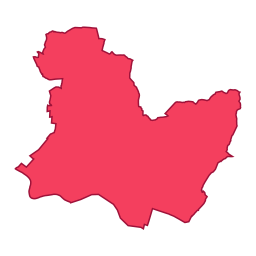 Harau, Hunedoara, Romania
{"feature_id": "2599482B17329602962763", "entity_name": "Harau", "entity_type": "district", "adm_level": 2, "iso_a3": "ROU", "parent_name": "Romania", "parent_adm1": "Hunedoara", "projection": "mercator", "projection_center": [22.984, 45.914], "detail": "fine", "context": "isolated", "style": "filled", "palette": "rose", "viewbox_px": 256, "rotation_deg": 0, "n_neighbors": 0, "source": "geoboundaries", "source_scale": "gbopen_adm2", "svg_char_len": 5539}
<svg xmlns="http://www.w3.org/2000/svg" viewBox="0 0 256 256"><path d="M53.5,31.4L52.9,31.0L52.4,31.0L51.5,31.6L51.0,31.9L50.2,32.1L49.8,32.2L49.1,32.7L48.6,33.3L48.4,33.6L48.0,33.8L47.4,33.8L46.8,34.0L46.3,34.2L46.0,34.5L45.9,34.7L46.3,35.5L46.3,36.0L46.6,37.2L46.6,39.0L46.4,39.8L46.3,40.2L45.9,41.1L45.3,42.2L45.3,42.7L45.0,43.6L44.5,44.8L45.4,47.3L44.0,49.0L43.0,51.4L42.6,52.7L43.1,53.9L42.4,53.7L41.0,52.8L39.8,52.2L38.2,51.6L37.4,52.0L38.8,53.7L38.3,57.3L37.1,57.5L35.2,56.8L33.9,56.8L33.4,56.9L33.8,58.3L34.6,60.1L36.7,64.5L37.2,66.3L38.7,67.0L40.0,70.4L40.4,71.7L41.1,72.8L41.9,74.3L42.5,74.1L43.0,76.5L44.0,76.8L45.8,78.1L47.6,78.7L48.1,79.3L49.7,79.8L51.5,79.7L55.5,79.1L62.6,78.7L62.2,80.7L62.0,82.9L61.7,83.5L61.5,85.2L61.0,85.9L61.2,88.3L58.5,87.1L55.9,87.0L54.2,87.9L49.4,91.1L50.8,95.7L50.0,100.1L49.4,102.2L49.7,102.8L49.6,103.8L51.0,104.6L51.4,105.5L50.8,105.6L48.1,105.6L47.7,105.3L47.3,107.2L47.2,111.5L50.0,110.9L49.7,117.1L50.7,117.0L52.0,116.7L51.5,123.0L55.9,123.7L55.3,129.2L54.9,130.2L54.7,130.8L54.3,132.1L54.3,132.5L53.8,132.8L53.2,132.9L52.6,133.2L51.6,133.7L50.6,134.0L50.1,134.5L46.9,138.3L47.7,138.8L38.6,149.8L30.5,155.4L29.9,155.8L32.4,158.1L33.7,159.0L26.4,167.1L21.4,163.4L18.4,166.8L16.3,167.8L15.4,168.8L16.2,169.4L17.9,170.3L19.5,171.2L22.3,172.6L23.9,173.8L25.7,175.0L27.0,176.0L27.8,176.7L28.4,177.4L29.1,178.1L29.7,179.0L30.4,180.2L30.7,181.3L30.8,182.6L30.7,183.9L30.5,185.1L30.0,186.5L29.8,187.8L29.4,189.2L29.0,191.1L29.1,192.7L29.3,193.9L29.5,195.0L29.7,195.7L30.0,196.6L30.5,197.2L31.4,198.0L32.5,198.4L34.0,198.7L35.4,198.6L37.0,198.2L38.5,197.7L40.3,196.9L41.8,196.5L43.3,196.0L45.2,195.6L47.1,195.4L51.7,194.7L53.6,194.3L55.3,194.3L57.1,194.5L58.4,195.0L59.9,195.6L60.9,196.4L62.0,197.5L62.9,198.3L64.5,199.7L66.8,200.8L68.5,201.5L70.2,202.1L70.6,202.8L80.7,199.5L91.7,194.6L98.5,194.4L113.5,204.3L117.4,210.0L120.4,218.1L128.1,225.6L140.9,227.3L143.4,228.8L144.4,224.4L147.4,225.4L148.7,221.5L152.5,208.6L167.5,213.6L168.4,213.8L169.8,214.5L173.9,216.2L175.5,217.1L178.9,219.0L184.9,222.5L188.8,221.7L190.0,219.3L191.0,217.2L191.6,216.2L191.8,216.4L192.0,216.2L193.6,214.5L194.1,214.1L194.8,213.1L195.8,212.1L197.2,210.5L197.7,210.2L198.4,210.3L198.5,209.4L202.6,205.0L203.9,203.5L205.4,200.7L205.4,199.6L206.0,198.3L206.7,197.4L207.1,196.6L206.9,196.4L206.3,195.9L205.2,194.9L205.0,193.8L204.7,192.5L204.3,192.1L203.5,191.4L203.5,191.5L202.9,191.5L202.6,191.8L202.6,192.2L202.3,192.2L202.1,192.1L201.9,191.0L201.5,190.6L201.5,190.1L201.9,188.2L202.1,187.6L202.8,186.7L202.9,185.7L204.6,182.6L206.6,179.3L209.1,175.3L211.3,172.8L213.3,171.8L215.4,169.3L217.2,164.8L217.9,162.9L220.7,161.1L221.0,161.4L221.7,160.7L222.6,159.9L224.1,158.9L225.2,158.6L227.3,156.7L227.7,156.5L231.9,156.6L232.5,156.5L229.1,154.3L228.2,153.4L227.9,153.0L226.2,151.6L227.2,149.7L227.1,148.0L227.7,145.5L229.1,144.5L229.8,142.8L230.1,141.7L230.8,140.8L230.7,139.6L232.0,135.5L232.8,134.9L233.8,132.8L234.7,130.9L237.0,126.0L237.0,125.7L236.9,125.2L236.7,124.3L236.7,123.9L236.7,123.2L236.7,122.7L236.6,121.0L236.7,119.8L236.7,118.2L236.6,117.9L236.3,117.2L236.3,116.6L236.0,115.6L236.0,114.0L236.1,113.6L236.4,113.1L236.4,112.5L236.3,112.0L236.7,111.0L237.2,110.1L237.9,109.6L240.2,108.6L240.6,107.6L240.4,106.6L240.5,105.6L240.5,104.9L240.3,103.3L238.9,101.2L240.0,99.4L240.0,97.9L239.8,96.9L238.9,93.9L239.9,92.2L239.3,92.1L238.9,91.9L237.0,90.5L235.1,89.8L233.3,90.0L230.2,89.6L228.6,90.5L227.4,92.9L226.0,93.5L224.7,92.8L223.6,92.4L222.3,91.3L221.5,91.1L220.0,91.6L218.1,91.9L215.9,92.3L215.0,94.1L214.1,94.4L213.1,95.0L212.5,95.8L211.8,96.1L210.8,97.2L210.4,97.7L209.4,99.4L209.0,99.8L208.8,99.8L207.0,100.6L206.4,100.4L204.2,99.9L202.8,99.7L201.6,99.6L199.1,100.1L198.5,100.5L197.2,102.7L196.5,103.3L195.8,104.1L194.4,103.2L193.0,102.0L192.9,101.8L190.6,101.5L188.1,101.3L187.2,101.6L186.2,101.6L185.4,101.8L184.4,102.5L183.7,102.3L182.2,102.5L179.8,102.0L178.9,102.1L178.0,102.0L177.3,101.9L176.5,102.0L175.9,102.2L175.7,102.3L175.0,102.9L165.1,113.6L167.1,115.0L168.0,115.9L166.5,116.6L165.2,116.8L162.9,117.2L160.6,117.3L158.8,117.6L157.8,117.7L157.1,118.8L155.3,119.9L153.8,120.1L152.4,120.4L152.1,120.3L151.3,120.2L150.8,120.1L150.5,119.9L150.4,119.6L150.4,119.3L149.6,118.6L149.2,118.1L148.6,117.5L148.0,116.5L147.7,116.2L147.0,115.9L146.7,115.7L146.4,115.3L146.2,115.1L145.8,115.0L145.4,115.0L144.9,115.0L143.7,115.4L143.5,115.5L143.3,115.5L143.2,115.5L143.1,115.4L143.0,115.2L142.9,114.4L143.0,114.1L142.9,113.7L143.0,111.0L141.8,110.1L141.8,109.7L141.8,108.8L141.5,108.3L140.6,107.4L140.7,107.0L138.7,106.5L138.5,104.7L138.4,102.8L138.4,100.1L139.2,96.7L139.4,95.3L139.2,93.9L138.7,93.2L138.5,92.0L137.9,90.5L136.8,88.3L136.5,87.3L134.1,85.4L133.8,82.6L131.1,79.7L129.7,78.0L129.8,73.0L130.4,71.4L131.1,68.1L131.1,66.4L131.3,65.7L131.9,62.2L132.1,61.3L132.8,60.3L130.1,58.9L128.1,58.6L126.7,57.1L125.5,56.4L124.6,55.3L123.9,55.0L122.2,55.1L120.6,55.0L116.3,55.2L115.0,54.7L114.1,54.1L112.0,51.8L111.4,52.1L110.5,53.4L109.5,54.0L109.1,53.9L107.2,52.9L102.1,50.5L102.9,46.7L103.3,45.7L103.4,44.9L103.6,44.4L103.8,43.9L103.9,43.5L103.9,42.9L104.0,42.3L104.3,41.2L104.7,40.2L104.9,39.6L104.2,39.4L103.1,39.0L101.9,38.7L100.6,38.6L99.7,38.6L99.1,38.6L98.8,38.6L98.7,37.6L98.5,36.6L96.6,29.0L96.3,28.2L92.0,27.9L90.2,27.6L85.8,27.3L83.5,27.2L82.9,27.2L81.8,27.6L81.4,27.8L78.9,27.7L75.0,27.5L72.5,28.4L69.3,30.3L67.5,31.3L65.7,32.8L64.7,33.2L64.2,33.1L62.1,32.4L60.4,32.7L59.1,32.4L57.5,32.3L55.5,31.9L54.8,31.5L54.0,31.9L53.8,31.7L53.5,31.4Z" fill="#f43f5e" stroke="#9f1239" stroke-width="1.5"/></svg>